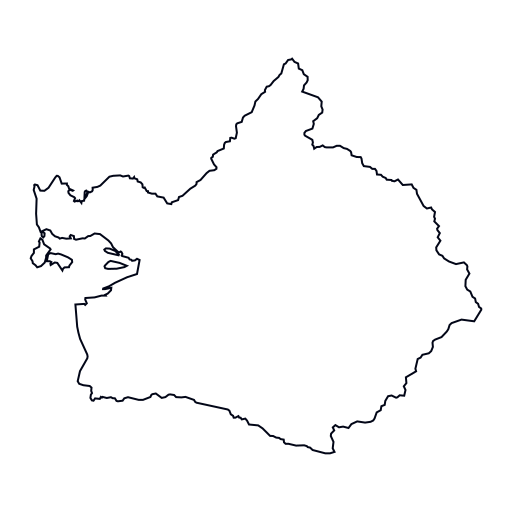 outline of Kapoe, Ranong, Thailand
{"feature_id": "78962969B6628282712550", "entity_name": "Kapoe", "entity_type": "district", "adm_level": 2, "iso_a3": "THA", "parent_name": "Thailand", "parent_adm1": "Ranong", "projection": "albers", "projection_center": [98.584, 9.581], "detail": "fine", "context": "isolated", "style": "outline", "palette": "ink", "viewbox_px": 512, "rotation_deg": 0, "n_neighbors": 0, "source": "geoboundaries", "source_scale": "gbopen_adm2", "svg_char_len": 5943}
<svg xmlns="http://www.w3.org/2000/svg" viewBox="0 0 512 512"><path d="M439.0,226.1L434.3,221.4L435.0,218.7L434.1,216.8L435.0,212.0L432.0,209.4L431.1,207.5L426.9,208.5L423.6,206.0L417.0,193.8L416.4,189.8L413.5,187.9L411.7,184.4L402.8,185.0L398.0,179.5L394.5,181.3L391.9,180.8L391.5,180.0L386.7,179.7L385.7,178.0L382.7,176.7L381.0,174.8L377.0,174.5L376.5,171.0L375.0,168.9L372.3,168.9L370.0,166.9L363.8,166.1L362.2,163.2L361.5,158.6L360.7,157.1L356.7,157.0L351.6,155.3L351.1,152.2L350.3,151.0L347.0,148.9L343.7,148.1L340.0,145.8L336.7,145.8L333.0,147.4L326.6,147.4L324.8,147.1L322.7,145.4L319.7,146.9L316.7,147.0L314.2,148.7L313.6,146.1L312.3,144.7L312.9,142.4L312.3,139.8L305.1,135.7L304.4,134.7L304.4,132.9L305.9,131.0L312.4,128.6L313.8,123.9L313.2,121.2L317.2,118.2L318.8,114.9L322.2,112.6L322.6,109.6L321.3,106.3L321.7,101.6L318.0,97.3L302.2,91.6L303.6,88.8L304.0,85.4L306.6,82.5L307.7,80.2L307.6,76.8L303.8,74.2L302.3,70.2L298.8,68.6L298.1,63.5L294.5,61.9L292.1,58.7L291.3,59.4L288.1,60.0L285.6,63.5L283.9,64.3L281.3,73.5L279.6,74.9L278.4,77.0L273.7,81.0L270.6,85.0L269.0,86.2L266.7,86.7L264.9,90.1L265.1,91.8L261.3,94.2L258.0,99.0L255.4,101.5L254.5,105.5L251.7,112.2L244.7,115.7L243.0,117.5L241.7,121.9L237.3,123.3L236.3,124.3L236.0,126.1L236.9,132.7L235.7,138.2L234.4,138.7L231.6,137.7L230.3,137.9L229.9,141.3L225.9,142.0L224.8,142.9L224.1,144.7L223.8,148.5L217.5,151.1L216.8,152.3L213.1,154.6L212.8,156.8L211.3,157.8L211.2,158.7L214.0,164.4L216.5,167.2L216.4,168.8L214.3,170.2L209.5,170.8L206.6,173.1L200.5,180.0L196.6,182.1L196.5,184.0L195.3,185.6L190.3,188.7L182.5,195.8L179.0,197.0L178.1,200.1L171.8,202.3L171.3,204.1L167.2,203.4L163.6,197.6L157.3,196.4L155.5,193.7L152.0,193.7L148.0,192.5L148.0,191.2L146.7,191.1L144.7,187.5L143.9,187.9L142.7,187.3L142.4,184.3L140.7,182.4L137.7,181.5L137.2,179.3L134.4,178.3L134.1,177.1L132.9,178.6L129.9,178.3L129.2,176.1L128.4,175.6L123.0,176.5L120.2,175.4L113.2,175.8L109.4,176.7L100.3,185.6L97.4,186.9L92.6,187.7L92.7,190.1L92.1,191.3L89.9,192.4L88.4,191.8L86.7,196.2L84.2,199.3L84.1,200.7L81.7,201.1L81.4,202.9L79.4,200.3L78.7,201.1L77.4,201.2L77.1,200.6L74.6,201.6L73.9,201.0L75.1,198.2L74.3,197.2L70.4,195.3L68.5,192.9L68.3,191.2L69.8,189.7L72.7,190.8L73.1,190.5L69.1,188.7L68.3,186.2L66.9,184.9L66.9,183.5L61.7,183.6L59.5,177.3L57.8,175.9L56.7,175.8L55.3,177.4L48.5,187.8L44.4,190.8L40.3,190.6L37.5,185.2L34.9,184.5L34.2,185.1L34.5,186.5L33.7,190.0L36.6,198.7L36.1,213.7L36.9,224.5L38.9,227.3L40.6,231.9L46.4,229.2L50.3,230.5L52.2,233.9L55.0,236.3L58.6,237.5L59.7,238.6L62.1,237.9L66.3,238.7L70.8,238.4L69.7,236.3L70.7,235.0L73.9,236.1L74.1,238.9L76.0,239.7L82.6,238.3L84.8,238.5L88.2,236.1L90.3,236.0L94.6,233.5L100.0,234.1L108.4,240.5L111.1,243.4L113.0,247.2L118.0,251.9L119.4,252.3L120.7,251.5L121.5,252.1L122.4,253.9L121.7,255.6L122.1,256.0L128.6,257.8L129.6,259.4L131.4,259.8L132.1,260.8L134.9,260.4L137.0,258.8L139.6,260.0L137.0,274.0L127.2,277.2L115.0,282.8L109.0,286.3L103.2,288.5L103.1,289.1L105.1,289.1L111.3,287.8L111.0,290.3L107.7,293.6L105.2,294.8L105.7,295.6L101.5,295.6L94.6,297.4L85.4,298.0L85.2,299.6L86.8,303.3L85.2,304.9L84.3,303.9L75.4,304.5L77.2,326.7L78.4,332.6L80.1,338.9L87.2,354.4L87.6,356.4L87.3,358.3L80.0,371.1L77.7,381.2L79.2,383.8L83.3,385.2L89.7,386.0L91.5,387.6L91.2,390.9L92.0,393.1L90.9,394.7L90.4,397.9L91.9,400.4L93.5,400.7L95.1,398.4L99.8,398.9L100.9,396.9L101.9,397.6L102.5,396.9L106.8,398.0L110.9,397.2L112.7,398.2L114.9,398.3L116.5,400.9L117.9,401.3L122.6,400.7L124.3,398.3L128.0,397.2L138.8,399.9L142.9,399.9L150.4,397.0L151.3,395.0L152.3,394.2L155.8,393.5L161.7,397.9L165.4,397.1L168.5,394.7L170.1,394.4L174.1,395.0L176.1,397.1L181.4,397.4L185.5,396.9L194.0,399.9L195.2,401.9L196.5,402.7L227.8,409.5L229.4,410.7L230.8,414.3L233.1,415.8L233.7,417.7L235.3,417.7L238.4,416.1L239.2,417.6L240.6,417.7L241.8,419.4L245.3,418.6L247.1,420.7L249.0,424.5L258.2,425.4L262.6,428.4L270.1,435.9L273.1,436.0L276.2,437.6L279.1,437.9L280.6,439.1L283.7,439.6L284.0,442.3L285.6,443.8L288.5,443.8L296.1,445.6L304.1,445.3L306.8,446.1L307.7,447.1L310.1,447.6L312.6,450.0L325.2,453.3L330.1,453.3L334.5,451.9L332.7,448.3L333.5,441.9L330.8,436.0L331.1,433.6L334.2,430.4L332.8,427.4L335.4,425.1L339.0,427.3L343.1,426.6L348.5,428.0L351.4,424.1L357.2,421.4L365.1,422.6L370.6,421.8L373.2,420.5L374.5,418.6L376.7,412.4L380.7,410.2L381.4,406.2L384.7,404.9L385.3,400.9L388.1,396.2L391.6,395.5L396.1,397.7L397.4,397.3L399.7,395.3L404.2,395.7L405.5,390.0L403.8,386.3L406.4,383.1L405.9,377.3L416.1,371.3L415.4,368.7L417.7,359.0L420.6,357.6L422.4,354.8L428.8,353.3L431.2,351.1L432.9,346.9L432.5,342.7L433.1,341.0L435.1,339.6L441.5,337.1L446.8,331.5L448.3,329.2L449.6,325.0L451.6,323.1L461.5,319.6L474.2,321.3L481.3,309.7L481.2,308.5L479.0,306.9L478.1,303.8L475.8,302.1L475.1,298.5L472.5,296.8L470.3,291.5L467.2,289.6L465.4,286.2L465.7,279.8L469.4,273.6L467.1,269.4L467.4,266.5L466.9,265.2L463.9,262.4L456.0,264.1L449.0,261.5L444.1,258.4L442.4,255.8L439.1,254.4L436.4,250.3L436.2,247.4L440.4,240.7L437.7,237.3L439.8,233.1L437.4,230.1L437.1,228.7L439.0,226.1ZM41.0,266.1L44.7,262.6L46.1,257.8L46.2,255.5L50.6,249.4L50.1,248.5L44.1,244.3L42.4,239.8L40.4,238.4L38.9,241.5L39.6,242.6L39.2,246.7L33.9,249.4L33.9,252.9L31.5,256.0L30.7,258.3L32.5,261.2L32.8,263.2L35.5,265.2L37.2,267.3L41.0,266.1ZM55.7,254.2L50.7,253.1L48.2,254.2L46.8,261.2L49.7,261.2L51.3,262.0L50.4,263.6L50.7,265.0L54.8,262.5L57.3,262.9L62.4,270.5L63.0,268.8L64.5,267.4L69.0,267.2L69.4,265.6L72.2,262.1L71.9,259.8L67.9,257.3L61.0,254.4L58.1,253.6L55.7,254.2ZM110.6,260.9L108.4,262.0L104.9,265.6L104.5,266.3L105.2,268.2L108.1,268.9L116.7,268.7L124.4,267.1L126.8,265.8L119.6,262.9L110.6,260.9ZM118.9,254.7L115.3,251.0L109.7,248.6L105.9,248.4L104.3,249.6L104.9,250.9L107.8,252.8L118.6,255.3L118.9,254.7ZM43.3,237.4L44.4,236.1L44.6,233.3L42.7,231.7L41.6,232.8L41.6,235.1L41.9,236.3L43.3,237.4ZM84.5,196.3L86.7,194.5L87.3,192.0L86.4,190.6L85.4,190.9L84.7,192.0L84.5,196.3Z" fill="none" stroke="#020617" stroke-width="2"/></svg>